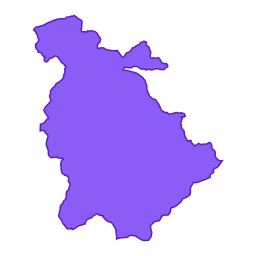 Mosna, Sibiu, Romania (orthographic projection)
{"feature_id": "2599482B88380458421625", "entity_name": "Mosna", "entity_type": "district", "adm_level": 2, "iso_a3": "ROU", "parent_name": "Romania", "parent_adm1": "Sibiu", "projection": "orthographic", "projection_center": [24.412, 46.08], "detail": "fine", "context": "isolated", "style": "filled", "palette": "violet", "viewbox_px": 256, "rotation_deg": 0, "n_neighbors": 0, "source": "geoboundaries", "source_scale": "gbopen_adm2", "svg_char_len": 5675}
<svg xmlns="http://www.w3.org/2000/svg" viewBox="0 0 256 256"><path d="M148.6,240.3L151.1,236.5L151.3,234.7L151.8,232.8L151.3,230.8L150.8,229.4L150.7,227.5L150.4,226.7L150.3,226.0L150.9,225.2L154.0,222.1L155.3,221.4L159.2,220.7L159.6,220.3L160.3,219.2L161.0,217.4L161.3,217.3L161.7,216.5L162.9,215.4L164.5,215.1L168.0,215.0L168.7,214.5L169.9,212.8L170.5,211.1L170.5,210.6L171.0,208.2L171.3,207.7L173.9,207.1L176.8,205.4L178.4,203.9L180.3,202.6L181.1,201.7L182.4,199.3L182.9,198.7L187.3,196.8L189.2,195.4L190.1,194.4L190.2,193.9L190.5,190.8L190.3,189.8L190.5,187.5L193.5,182.6L196.0,182.6L198.3,182.1L199.7,181.4L202.0,180.7L210.1,177.4L210.0,174.8L213.6,172.4L213.7,172.0L213.5,170.6L213.5,169.7L214.0,169.0L215.5,168.0L216.9,167.6L217.4,167.2L219.7,164.5L222.3,160.7L220.6,160.8L219.0,160.5L218.0,159.9L215.7,157.5L215.2,155.4L215.3,154.1L215.1,151.6L214.1,150.2L212.4,149.1L211.6,147.4L211.9,145.9L211.2,143.9L211.0,143.5L209.3,142.4L207.1,143.8L204.7,144.3L203.4,144.1L201.6,144.6L200.7,144.5L199.4,143.7L198.6,143.5L194.8,146.0L190.9,142.0L190.7,141.6L190.7,141.3L191.0,140.6L189.9,140.7L189.1,140.5L187.4,141.0L185.7,137.8L184.7,135.5L184.2,133.2L184.3,132.1L184.1,131.2L182.1,128.6L181.4,127.4L181.3,124.7L180.7,124.0L180.4,123.1L180.5,122.7L181.2,122.1L181.2,121.2L182.3,118.4L181.5,117.6L181.2,117.0L182.2,116.9L183.3,117.1L184.3,116.8L185.3,116.0L184.9,115.5L184.7,114.5L184.1,113.7L183.9,113.5L182.5,113.4L181.6,112.7L179.1,113.3L178.5,113.2L178.2,112.8L176.6,112.5L175.2,112.6L173.6,113.4L172.5,113.5L170.9,114.0L168.9,114.2L167.1,112.4L166.1,112.5L164.5,112.4L163.6,111.5L162.2,111.0L161.0,109.7L160.2,107.5L159.9,107.1L160.0,106.6L159.5,106.4L159.0,104.9L158.4,103.6L157.4,102.5L155.9,100.0L154.3,99.1L152.7,98.9L149.6,96.2L148.7,93.9L147.4,91.1L146.9,89.5L146.7,88.8L146.8,85.9L145.9,83.4L145.6,82.2L144.5,79.6L143.7,79.1L142.8,77.7L142.0,77.0L136.6,73.1L135.5,73.0L133.5,72.1L133.0,72.2L127.7,70.6L123.0,70.1L124.2,67.6L126.1,67.4L128.5,67.7L131.5,67.7L133.1,66.6L134.1,66.2L136.0,66.6L137.3,66.4L141.3,69.2L142.5,68.9L143.4,69.1L145.0,69.1L145.8,69.9L146.3,70.0L148.8,69.1L149.8,69.6L151.7,70.0L153.2,69.6L154.1,69.1L156.2,68.8L158.1,68.8L160.8,69.6L163.6,69.6L164.5,69.3L165.3,68.3L166.8,67.2L167.7,66.8L167.5,64.9L166.5,63.7L164.1,63.6L162.4,63.1L161.7,62.7L159.7,58.8L158.7,58.0L157.2,57.8L155.8,58.4L153.9,57.9L150.8,58.1L150.2,56.7L150.1,55.2L150.8,53.0L150.4,50.8L149.4,48.9L149.1,47.5L148.8,47.0L146.2,45.1L145.9,44.2L146.6,43.1L146.6,42.8L146.5,42.4L146.1,42.1L143.9,41.2L142.6,42.0L141.5,42.3L140.2,42.9L140.1,43.6L139.7,44.2L139.1,44.7L137.5,45.1L136.8,45.8L135.9,46.0L134.9,47.3L132.5,47.9L130.3,51.3L129.2,51.9L126.6,53.0L125.9,53.5L125.5,54.3L125.3,55.2L123.6,56.9L122.9,57.3L122.5,57.1L121.0,55.5L117.2,50.3L116.9,50.3L116.5,51.0L114.5,50.6L113.7,50.8L110.9,50.6L109.8,50.1L108.3,50.1L105.3,49.3L103.9,48.0L103.0,47.8L100.5,47.9L98.7,48.5L98.0,48.6L97.5,46.9L97.4,44.8L99.9,42.0L100.6,39.3L100.3,37.9L99.1,36.9L97.7,34.4L97.4,33.6L96.9,33.1L95.0,31.6L93.8,31.2L92.0,31.1L91.3,30.7L89.3,31.2L88.3,30.8L87.9,30.8L87.4,31.2L87.2,31.9L86.8,32.0L84.2,31.7L82.9,32.0L81.9,31.6L81.3,30.9L81.7,26.3L81.7,24.9L82.0,23.7L82.0,21.7L81.9,21.1L80.8,20.0L77.7,18.3L77.2,17.9L76.6,17.1L73.9,15.4L72.4,16.4L71.1,16.1L70.0,16.8L67.1,17.1L66.0,17.6L64.8,19.1L63.8,18.8L62.1,18.7L58.4,19.0L54.4,20.1L48.0,22.8L43.9,24.9L43.5,25.3L40.9,25.9L38.0,26.9L36.2,27.0L34.1,28.7L33.7,29.9L34.2,30.1L35.9,32.2L36.3,32.9L36.3,33.2L36.2,33.3L36.3,33.6L37.8,35.8L37.9,37.7L39.0,40.3L36.4,43.9L35.6,44.1L35.7,45.6L35.5,46.7L35.8,47.6L36.3,48.6L37.8,50.4L38.3,52.3L39.5,52.3L41.3,53.0L42.1,54.3L42.2,55.0L42.8,55.4L43.8,56.8L45.0,57.2L44.4,58.1L44.5,58.9L44.1,60.0L45.0,61.5L46.3,61.9L47.1,61.7L48.6,60.0L49.6,58.4L52.0,57.8L53.0,57.4L53.4,56.8L54.8,56.0L55.6,56.0L58.2,57.1L58.5,58.4L59.6,59.3L60.9,61.7L61.5,62.4L64.6,64.8L65.0,65.3L64.7,65.6L66.1,67.3L66.0,67.6L64.7,69.0L64.7,69.6L65.1,70.9L64.8,71.6L64.6,72.8L63.5,76.2L63.5,77.5L63.3,78.1L62.1,79.6L60.6,80.6L59.3,82.0L57.7,82.7L56.2,83.8L55.8,84.2L55.4,85.6L54.9,85.8L54.7,86.5L53.2,87.5L52.1,88.6L51.7,89.4L50.5,90.7L50.4,91.2L50.6,93.5L49.5,96.2L50.5,98.9L50.8,101.3L45.6,106.9L44.5,108.6L44.0,110.2L44.3,111.4L45.4,113.2L48.6,117.8L48.0,118.6L47.2,119.1L45.3,121.2L44.3,122.9L42.8,123.5L40.5,124.2L40.4,124.8L40.2,130.9L41.7,130.5L43.9,130.7L44.5,131.1L45.5,133.1L46.6,134.0L47.9,135.4L48.1,136.8L46.9,139.8L46.3,143.4L46.4,145.4L48.4,150.8L48.3,153.4L48.6,154.9L49.6,156.5L50.6,157.4L52.8,157.7L53.8,157.3L56.1,157.1L59.5,158.2L62.3,158.1L63.2,159.3L61.9,160.0L61.5,160.6L60.6,164.6L61.1,166.3L61.2,169.7L61.4,170.0L61.4,171.2L61.6,172.0L62.2,173.3L63.3,174.2L63.7,174.3L65.0,175.4L66.6,175.5L67.1,176.3L68.2,176.8L68.5,177.2L68.7,178.9L68.3,181.3L69.8,183.5L69.9,183.9L70.0,184.5L69.7,185.9L68.8,188.3L68.6,190.2L66.8,191.2L66.5,192.2L66.2,194.4L66.2,197.2L65.7,198.9L65.2,199.8L63.5,201.1L63.3,201.6L63.0,203.4L62.7,203.7L61.5,204.3L60.7,205.5L60.5,206.3L60.2,207.5L60.3,208.6L59.8,210.7L59.2,212.2L59.3,212.9L59.1,214.2L58.6,215.5L59.1,217.0L62.0,221.0L62.5,222.6L63.2,223.9L64.4,225.2L66.9,228.4L68.5,229.0L69.8,228.7L71.0,228.8L71.4,229.0L71.6,228.6L72.9,229.6L76.3,227.5L78.2,226.0L84.9,224.0L86.1,220.9L86.8,219.9L88.3,218.9L91.2,217.9L93.9,215.4L96.0,214.5L96.3,213.9L97.5,213.7L98.8,215.0L101.8,215.6L102.4,215.4L103.0,215.7L103.4,216.0L102.9,216.6L103.7,217.1L103.9,217.9L106.2,220.3L107.4,220.9L107.6,221.3L108.8,221.8L111.2,222.3L113.2,224.7L115.6,228.8L115.9,229.8L116.0,232.5L116.8,237.0L116.6,239.1L117.9,238.5L121.7,237.6L123.7,237.7L127.5,237.2L129.4,235.8L130.7,235.2L135.7,236.0L137.6,237.5L140.8,239.4L142.8,240.3L144.9,240.6L148.6,240.3Z" fill="#8b5cf6" stroke="#5b21b6" stroke-width="1.5"/></svg>